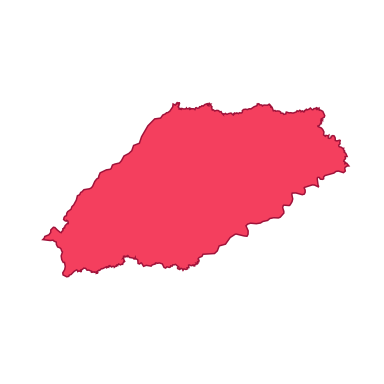 the district of Porto Murtinho, Mato Grosso do Sul, Brazil, rotated 231°
{"feature_id": "56859067B2206660547368", "entity_name": "Porto Murtinho", "entity_type": "district", "adm_level": 2, "iso_a3": "BRA", "parent_name": "Brazil", "parent_adm1": "Mato Grosso do Sul", "projection": "robinson", "projection_center": [-57.425, -21.181], "detail": "fine", "context": "isolated", "style": "filled", "palette": "rose", "viewbox_px": 384, "rotation_deg": 231, "n_neighbors": 0, "source": "geoboundaries", "source_scale": "gbopen_adm2", "svg_char_len": 6034}
<svg xmlns="http://www.w3.org/2000/svg" viewBox="0 0 384 384"><g transform="rotate(231 192 192)"><path d="M248.9,46.1L243.5,51.3L242.0,53.7L240.5,53.9L238.5,55.0L236.6,53.6L233.8,53.0L231.8,54.2L230.2,54.4L228.2,53.6L226.9,53.6L224.7,50.1L221.4,48.2L218.3,47.6L217.5,48.6L213.8,46.6L211.8,44.2L210.5,40.7L208.7,39.6L204.9,41.3L204.0,43.1L204.6,44.3L204.0,46.1L204.5,50.5L204.1,53.3L203.1,53.6L202.1,53.1L201.8,54.4L201.0,55.0L201.2,55.8L200.2,55.4L199.9,55.9L201.2,57.3L200.8,58.2L201.0,59.9L199.6,61.3L197.3,61.2L196.3,62.6L193.5,64.1L193.1,63.4L192.6,63.6L191.8,65.3L191.5,65.7L191.1,65.5L189.9,67.5L189.0,66.4L188.4,67.5L188.9,68.3L189.9,68.3L189.8,70.4L189.2,70.8L189.4,73.4L188.7,74.2L187.7,78.4L187.5,78.8L186.8,78.2L186.5,79.7L186.0,79.9L186.9,80.8L186.5,81.9L186.0,81.9L186.0,81.3L184.7,82.5L184.3,82.4L184.0,83.9L183.1,84.5L182.4,84.2L182.4,86.4L181.9,86.6L182.2,87.2L181.8,87.7L182.5,87.8L181.9,89.1L182.2,89.7L180.4,90.5L180.2,91.6L179.5,92.5L180.0,92.7L180.5,95.8L181.0,95.4L181.6,96.4L182.7,96.4L183.8,97.5L184.0,96.8L184.3,97.9L185.1,98.3L184.7,99.3L185.1,99.5L183.8,99.1L183.4,99.5L183.4,100.6L182.5,100.8L182.9,102.1L180.5,102.2L177.7,104.7L176.4,104.8L176.3,105.4L176.8,106.6L175.6,105.8L174.9,106.7L173.3,107.1L170.4,105.1L169.1,105.9L169.0,107.8L168.5,108.1L164.7,107.6L163.8,110.3L160.1,113.6L160.4,115.2L159.1,118.4L159.7,118.7L159.6,119.4L158.4,120.2L157.4,122.0L154.8,123.7L151.0,122.8L149.5,123.6L149.6,125.5L147.7,126.8L147.3,128.0L148.0,128.9L146.9,129.9L147.5,131.4L146.6,132.3L146.2,133.6L142.4,134.4L142.1,132.9L141.5,132.7L139.8,133.5L140.2,134.3L139.5,134.2L139.5,135.5L138.4,136.0L136.8,135.7L137.3,137.4L135.6,138.5L135.1,140.1L136.2,140.6L135.2,142.0L137.3,143.3L137.0,144.1L135.2,145.0L134.7,146.9L133.9,146.6L132.9,147.5L133.7,148.2L133.1,149.4L133.5,150.4L134.1,150.4L133.2,151.4L132.8,151.3L132.9,151.7L133.5,151.7L133.4,152.2L134.4,152.6L133.6,153.5L134.6,154.6L135.7,154.4L136.4,155.0L136.5,156.6L135.7,159.2L136.7,161.4L130.0,170.8L130.3,174.6L133.0,179.2L130.4,185.2L132.6,193.0L132.0,199.0L131.5,199.9L125.1,204.8L123.0,206.9L123.9,209.0L126.5,211.2L131.8,212.7L132.0,215.0L131.0,217.8L126.9,222.0L124.8,225.7L124.5,228.5L122.3,232.9L122.4,235.8L120.6,239.3L117.4,242.9L116.9,244.8L117.8,250.1L119.2,251.2L122.8,252.6L124.0,254.3L124.0,255.1L120.3,259.0L120.2,260.1L121.5,263.6L123.2,265.9L127.2,268.0L128.1,269.2L125.8,272.2L120.5,276.0L119.7,278.0L120.6,279.8L122.4,281.2L124.6,281.7L124.8,282.3L121.8,290.0L120.3,291.6L116.5,293.4L116.8,294.0L118.0,294.3L123.3,297.5L124.1,298.4L124.1,299.2L123.1,300.1L121.2,299.8L119.6,301.5L119.4,302.6L120.9,303.8L121.1,305.7L117.4,314.2L117.4,316.8L116.1,319.0L111.7,321.9L111.8,324.3L114.4,325.7L114.8,326.4L114.6,328.8L113.6,330.3L117.1,330.3L117.8,328.7L118.6,329.8L120.4,329.3L121.1,330.4L121.3,332.2L123.1,333.3L122.0,334.9L125.2,335.8L127.4,335.4L127.7,336.4L129.5,336.3L130.5,337.3L130.7,336.7L133.0,336.1L134.5,334.9L135.3,335.0L136.1,335.5L136.3,337.4L137.5,338.0L138.8,339.6L139.4,339.3L140.5,336.7L141.9,335.8L143.9,337.3L146.0,337.8L147.2,337.0L147.7,335.3L146.7,334.1L147.3,332.3L148.2,331.9L150.0,334.0L150.1,333.0L151.7,331.7L151.4,330.7L153.6,330.2L155.6,332.3L158.3,332.9L160.4,332.8L163.6,331.1L164.1,331.3L163.6,333.0L164.2,334.5L163.8,335.4L164.6,335.5L164.6,336.4L165.6,336.6L165.8,337.0L165.4,337.9L166.3,337.5L166.2,338.5L166.9,337.9L167.4,338.2L166.9,341.8L167.8,343.2L172.3,344.4L174.8,343.4L175.4,342.4L177.3,343.5L177.4,341.0L178.3,340.9L178.5,342.1L179.3,341.7L179.1,340.6L180.1,339.3L179.8,338.1L180.3,337.2L182.8,336.8L182.7,335.3L183.4,333.1L184.4,332.9L184.1,331.8L184.5,330.7L183.7,330.0L183.8,329.6L184.2,329.0L185.4,329.0L185.8,327.3L186.4,327.7L187.7,327.2L187.7,325.4L189.0,324.8L188.6,323.4L189.7,320.2L191.6,318.5L192.3,317.3L194.6,315.8L194.8,315.4L193.7,314.2L194.5,312.2L196.0,312.2L197.3,310.7L198.3,311.2L199.8,310.8L201.1,309.6L202.1,307.9L203.1,307.8L203.9,306.3L207.0,307.4L207.9,307.5L207.8,306.9L208.3,306.6L209.6,307.5L210.4,307.0L210.8,307.5L211.7,307.3L211.9,305.3L214.3,302.6L214.6,300.8L215.7,301.0L217.1,299.5L218.1,299.6L219.0,299.0L218.8,298.4L219.3,298.1L218.3,296.9L218.4,296.3L219.2,293.9L219.5,290.1L220.7,288.8L221.2,286.9L222.6,285.8L223.7,283.9L223.5,282.2L222.7,281.8L222.2,280.9L222.5,279.7L223.6,279.0L223.6,277.5L224.4,277.3L224.7,276.5L225.3,276.5L225.5,275.4L226.5,274.9L226.1,274.3L226.5,273.9L226.1,273.8L225.8,272.5L228.8,272.0L229.9,269.8L230.3,268.0L232.1,267.4L232.0,266.5L233.3,265.3L232.7,265.0L234.7,264.8L236.2,265.2L236.9,264.0L238.5,263.9L239.8,262.7L240.7,260.6L242.3,260.4L242.9,259.4L245.6,260.5L245.6,261.1L248.2,261.1L248.4,261.9L249.0,261.1L249.7,261.3L249.4,260.0L248.4,259.3L249.4,258.7L250.4,258.9L250.8,259.8L251.1,259.3L251.9,257.0L251.8,254.7L252.8,254.0L252.7,252.4L253.5,251.6L252.9,250.2L253.6,248.9L254.9,248.4L255.1,247.8L254.2,246.1L255.5,245.8L257.1,243.9L258.2,243.3L257.3,242.9L257.5,242.2L259.0,242.2L259.4,241.0L260.3,240.3L260.8,240.5L260.6,239.4L261.8,237.7L263.2,236.8L262.9,235.6L264.4,234.5L264.4,235.2L264.7,234.8L266.9,234.8L267.2,236.1L268.4,236.6L268.1,237.0L268.6,238.0L269.3,238.3L270.1,237.2L269.5,236.9L270.8,236.7L270.6,235.4L270.1,235.3L270.1,233.7L272.3,232.7L270.3,230.6L268.8,225.7L268.9,223.2L269.6,222.1L269.5,220.4L270.2,217.8L269.2,214.1L272.3,209.0L271.2,199.4L266.7,187.6L263.0,181.8L264.9,175.9L262.0,171.2L261.7,167.2L262.8,161.8L260.7,156.8L260.2,153.9L262.3,149.5L263.0,147.2L261.1,143.9L261.1,142.8L263.1,139.4L264.7,132.7L263.1,129.7L261.8,128.3L262.1,126.1L261.4,123.1L259.0,118.4L258.6,116.4L259.0,114.4L261.8,109.5L261.4,106.4L261.7,105.3L260.6,102.9L261.2,100.6L258.5,97.0L256.4,91.9L256.2,89.5L254.7,87.1L255.0,83.1L254.3,81.3L252.6,79.5L253.1,78.0L252.8,76.7L251.4,74.9L249.6,75.2L248.5,75.9L248.8,76.8L247.5,77.2L245.7,76.3L245.4,75.8L246.0,75.4L245.7,72.2L244.4,70.5L244.9,70.3L244.4,69.0L244.7,68.5L243.2,67.3L243.3,66.1L242.7,64.8L243.5,64.2L247.2,63.4L250.7,63.1L251.8,62.1L251.4,58.4L249.5,56.7L248.8,53.9L250.1,49.6L249.1,48.1L248.9,46.1Z" fill="#f43f5e" stroke="#9f1239" stroke-width="1.5"/></g></svg>